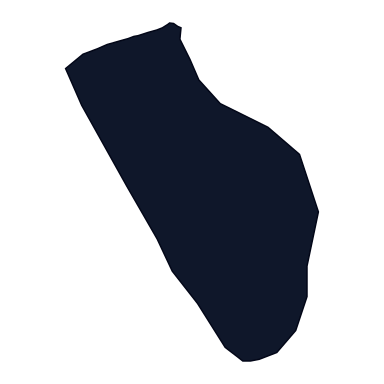 outline of Riche Fond/New Village, Dennery, Saint Lucia
{"feature_id": "8701671B39379224532007", "entity_name": "Riche Fond/New Village", "entity_type": "district", "adm_level": 2, "iso_a3": "LCA", "parent_name": "Saint Lucia", "parent_adm1": "Dennery", "projection": "equal_earth", "projection_center": [-60.924, 13.937], "detail": "fine", "context": "isolated", "style": "filled", "palette": "ink", "viewbox_px": 384, "rotation_deg": 0, "n_neighbors": 0, "source": "geoboundaries", "source_scale": "gbopen_adm2", "svg_char_len": 620}
<svg xmlns="http://www.w3.org/2000/svg" viewBox="0 0 384 384"><path d="M181.0,27.8L177.7,26.4L173.6,23.5L169.6,23.0L167.8,24.4L162.4,27.8L156.8,30.0L148.2,32.4L138.0,35.7L133.9,36.4L128.1,38.6L120.2,40.8L107.2,44.5L97.1,48.9L83.0,54.2L66.4,67.9L65.6,68.6L68.0,74.0L81.7,105.3L127.0,186.5L143.7,215.5L157.2,239.0L172.3,271.2L190.4,294.3L197.5,303.4L225.2,347.4L237.1,356.5L242.8,361.0L248.6,361.0L250.4,361.0L259.2,359.3L276.8,352.5L295.7,330.5L307.0,296.6L307.0,266.1L318.4,211.9L299.5,154.4L268.0,127.3L220.2,103.6L198.8,79.9L190.0,59.5L179.9,39.2L181.0,27.8Z" fill="#0f172a" stroke="#020617" stroke-width="1.5"/></svg>